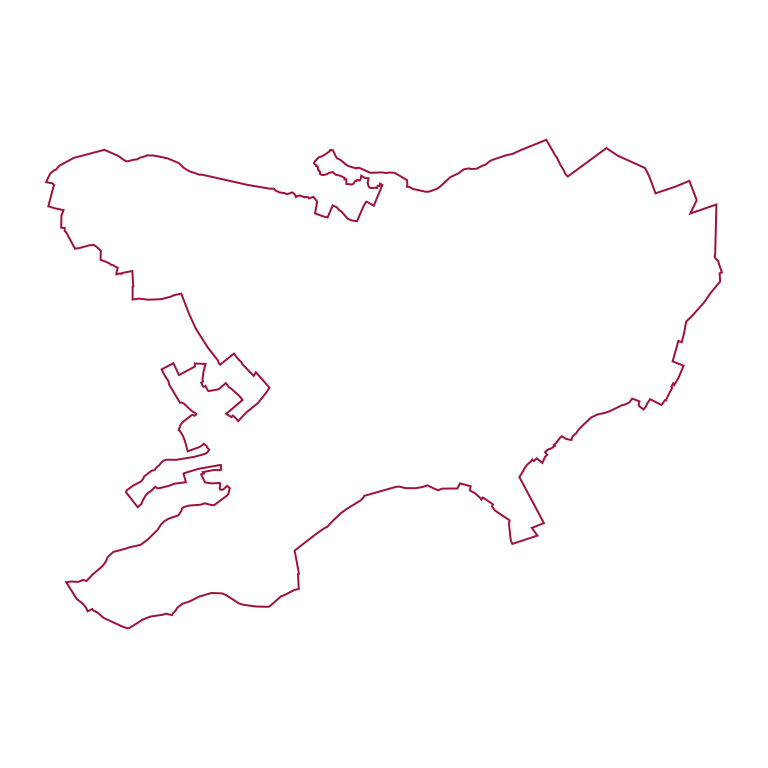 the district of Crasna, Salaj, Romania
{"feature_id": "2599482B62155795885644", "entity_name": "Crasna", "entity_type": "district", "adm_level": 2, "iso_a3": "ROU", "parent_name": "Romania", "parent_adm1": "Salaj", "projection": "albers", "projection_center": [22.821, 47.154], "detail": "fine", "context": "isolated", "style": "outline", "palette": "rose", "viewbox_px": 768, "rotation_deg": 0, "n_neighbors": 0, "source": "geoboundaries", "source_scale": "gbopen_adm2", "svg_char_len": 6091}
<svg xmlns="http://www.w3.org/2000/svg" viewBox="0 0 768 768"><path d="M129.1,628.2L142.9,619.5L150.7,616.5L163.1,614.7L165.7,613.7L172.0,615.1L172.7,613.7L176.0,610.1L176.7,608.5L178.3,606.9L182.6,603.7L189.7,601.4L198.8,596.7L211.5,593.0L222.0,593.4L226.0,595.0L238.7,603.3L243.0,604.7L255.6,606.5L268.4,606.8L270.3,605.7L281.1,596.3L285.2,594.8L293.9,590.1L298.8,588.9L298.0,574.9L298.0,574.2L298.8,574.1L298.8,572.7L294.6,550.6L316.0,534.0L324.3,528.2L327.3,526.8L332.8,520.8L341.0,513.1L346.2,509.3L360.5,500.5L363.6,497.4L364.1,495.9L396.1,486.8L399.5,486.6L405.4,488.1L415.3,488.2L422.2,487.1L427.3,485.4L438.0,490.3L442.1,488.6L457.4,488.5L460.0,483.4L470.6,486.2L469.9,490.2L470.2,490.7L474.9,493.1L480.4,498.1L481.3,499.6L482.9,497.5L493.0,504.4L492.0,506.3L494.9,510.5L509.5,520.3L509.0,524.1L510.3,536.8L510.9,540.6L512.4,543.9L537.4,535.6L531.8,527.9L543.9,523.1L519.4,477.1L523.5,470.5L524.4,468.3L527.2,464.7L531.3,461.1L532.2,459.5L533.8,461.1L536.7,458.3L542.3,463.0L545.1,456.8L547.2,454.8L545.0,452.1L547.8,449.8L549.3,448.9L550.8,448.7L554.1,446.5L554.8,445.9L553.9,445.0L555.9,443.3L560.1,437.7L561.8,436.2L566.1,439.0L571.5,440.0L572.1,437.6L573.4,435.5L576.2,433.2L578.6,429.7L582.2,425.9L591.4,417.3L597.9,414.3L605.0,412.9L610.4,410.9L622.2,405.1L624.9,404.6L629.4,402.4L632.2,398.6L639.5,401.4L638.7,404.7L638.9,405.9L643.5,409.4L645.9,406.6L646.9,404.0L650.1,399.2L661.5,405.0L664.9,400.2L666.0,400.4L667.3,397.1L672.1,388.0L671.4,386.8L673.2,383.2L674.0,383.7L674.3,384.9L678.9,377.0L683.6,365.7L672.6,361.4L678.4,340.9L681.8,342.2L684.1,332.9L686.2,321.5L690.9,317.1L703.9,302.7L710.5,293.1L720.2,281.4L719.6,273.3L721.9,272.4L718.7,263.2L718.4,261.3L715.3,258.2L714.6,256.3L715.2,253.8L716.4,204.5L690.3,213.5L696.7,200.1L689.4,180.9L674.7,186.9L655.5,193.3L649.1,176.0L645.0,168.0L617.6,155.6L606.4,148.1L567.8,176.5L565.7,174.4L563.4,169.7L560.4,164.9L556.5,156.8L555.7,156.2L546.3,139.8L520.7,150.1L512.7,153.8L505.1,155.6L492.0,160.0L488.9,161.8L485.8,164.5L482.0,165.9L476.7,168.7L471.1,169.0L468.6,168.4L463.6,169.4L458.9,173.1L450.3,177.2L440.0,186.7L436.5,189.0L428.6,191.7L425.9,191.8L413.1,189.0L409.3,187.0L406.9,186.7L407.4,184.4L407.0,180.1L394.6,172.8L389.7,172.5L386.1,173.0L382.1,172.4L370.3,172.8L359.2,167.8L356.7,167.9L356.5,168.5L348.8,166.2L346.7,165.1L340.2,159.7L337.1,158.4L335.7,156.2L332.8,150.1L330.0,150.0L329.6,151.3L324.5,154.9L321.1,156.7L319.0,157.1L314.9,161.4L314.0,162.9L314.3,163.9L316.4,165.3L316.1,166.0L317.8,166.9L318.2,170.2L318.8,170.9L319.4,170.8L320.1,172.0L319.9,173.6L320.5,174.4L323.3,175.1L327.4,174.1L328.6,172.9L332.7,172.1L335.6,174.6L340.1,175.7L344.6,177.9L344.5,179.4L346.3,179.4L346.4,184.0L351.9,184.5L353.1,184.0L355.1,181.2L356.7,181.0L357.1,179.9L359.7,180.5L360.7,178.8L361.3,175.7L365.1,178.1L368.5,178.2L367.7,182.6L368.4,185.8L369.4,187.5L371.4,188.1L375.0,187.7L377.0,188.1L377.7,185.8L379.6,186.0L380.1,183.6L382.4,185.0L373.8,205.7L367.3,202.0L366.4,201.7L365.9,202.1L363.4,206.4L357.1,221.1L351.8,220.5L348.0,219.0L341.3,211.5L338.7,209.8L337.1,207.5L332.7,205.4L327.6,217.4L324.2,216.7L315.0,213.4L317.2,201.6L313.5,196.9L309.0,198.4L307.9,197.1L305.2,196.9L304.6,197.4L300.6,195.6L298.2,195.8L295.8,197.0L295.6,195.6L293.2,192.8L292.2,192.4L287.4,194.1L286.4,194.0L284.8,193.2L279.1,192.3L275.3,190.3L273.8,188.6L269.8,188.7L247.6,184.9L201.7,174.6L199.8,174.8L189.5,171.3L184.1,168.1L178.7,163.0L167.7,158.4L157.8,156.3L153.4,155.5L146.7,155.4L145.8,156.1L140.0,157.7L137.3,159.3L133.4,159.8L127.3,161.4L125.8,161.1L122.4,159.0L118.5,156.0L104.4,149.8L73.8,157.9L59.4,165.7L55.9,169.7L54.2,170.3L50.2,173.5L46.1,182.2L52.2,183.2L54.2,184.9L53.3,187.4L48.3,206.3L55.2,208.4L63.5,210.1L61.4,215.7L61.2,227.7L64.7,228.0L64.7,231.1L66.1,232.2L75.0,248.7L79.7,248.0L88.9,245.4L93.7,244.9L96.5,246.8L100.8,250.8L100.6,259.9L105.6,261.6L110.0,263.7L110.7,264.6L113.9,265.5L114.6,266.3L117.7,267.8L116.4,273.0L116.4,274.3L120.0,273.4L121.3,274.0L122.1,273.0L132.3,271.0L133.3,286.6L132.6,286.7L132.6,299.5L139.3,298.6L147.9,299.7L160.9,299.2L170.0,296.9L174.6,295.0L181.3,293.7L188.8,313.3L195.9,328.8L207.9,347.7L218.0,360.6L218.4,362.5L220.1,364.7L233.9,353.6L238.6,359.6L241.4,362.1L242.1,363.9L253.0,375.2L253.7,375.9L255.9,372.3L269.5,387.7L266.2,392.7L257.9,403.1L246.1,412.6L238.2,421.2L236.5,418.9L233.4,416.0L232.8,415.6L231.6,417.1L226.1,413.9L242.5,400.0L239.4,396.0L231.2,388.7L229.1,387.4L225.8,383.1L218.6,389.3L208.6,391.1L207.7,390.3L205.4,385.9L203.8,386.9L203.0,386.5L201.2,382.7L203.0,381.6L202.5,379.6L203.5,371.8L205.5,363.9L194.9,363.5L194.9,366.5L179.0,375.1L173.4,363.2L161.6,369.4L164.7,375.4L168.6,381.5L168.9,383.9L170.0,386.1L180.1,402.8L181.3,402.5L183.8,403.5L191.9,411.1L196.3,413.8L196.2,414.5L194.7,415.7L192.0,414.9L183.4,421.5L181.5,423.4L180.4,425.4L178.7,430.2L180.0,431.0L183.1,436.3L184.7,440.3L187.7,451.3L198.7,447.3L201.2,446.1L203.8,443.8L206.6,446.0L206.8,447.2L209.2,449.7L207.2,452.5L205.3,453.8L194.5,456.8L176.4,459.8L166.4,459.7L164.2,460.3L161.3,462.6L159.1,465.4L156.4,467.4L155.0,469.8L151.5,470.8L144.3,476.3L143.8,477.0L143.6,478.2L141.0,481.5L133.5,485.4L126.8,490.2L125.9,492.1L137.7,507.2L141.4,504.0L142.8,500.4L145.6,495.5L147.2,493.7L151.8,490.3L155.2,486.8L157.1,488.1L158.9,488.3L169.0,485.8L174.3,483.7L185.9,482.2L183.5,473.6L184.1,473.2L198.3,468.9L220.1,465.0L220.9,465.1L221.1,465.9L220.9,467.3L221.2,468.4L220.7,470.2L213.8,470.0L202.9,472.1L204.0,473.5L201.2,474.2L201.4,475.0L205.1,482.4L211.9,483.4L219.8,483.0L220.3,483.7L219.7,488.4L219.9,489.4L222.3,489.8L223.5,489.3L227.1,485.8L229.8,488.2L228.3,494.1L227.0,495.6L214.3,505.0L212.2,505.2L204.7,503.3L200.6,504.7L188.9,505.6L183.7,507.1L182.0,508.5L181.4,510.8L178.3,515.4L168.8,518.6L164.5,521.1L161.2,524.3L157.5,529.9L148.0,539.3L140.5,544.9L129.4,547.3L127.3,548.2L113.4,551.9L107.7,557.0L105.9,561.4L102.8,565.8L92.4,574.7L86.5,581.0L82.8,579.9L79.0,581.6L77.0,581.9L71.5,581.5L66.2,582.2L76.7,598.9L82.7,603.6L86.1,607.8L87.7,611.3L92.3,609.0L93.5,610.6L97.5,612.5L103.6,617.9L122.8,626.8L127.3,628.2L129.1,628.2Z" fill="none" stroke="#9f1239" stroke-width="2"/></svg>